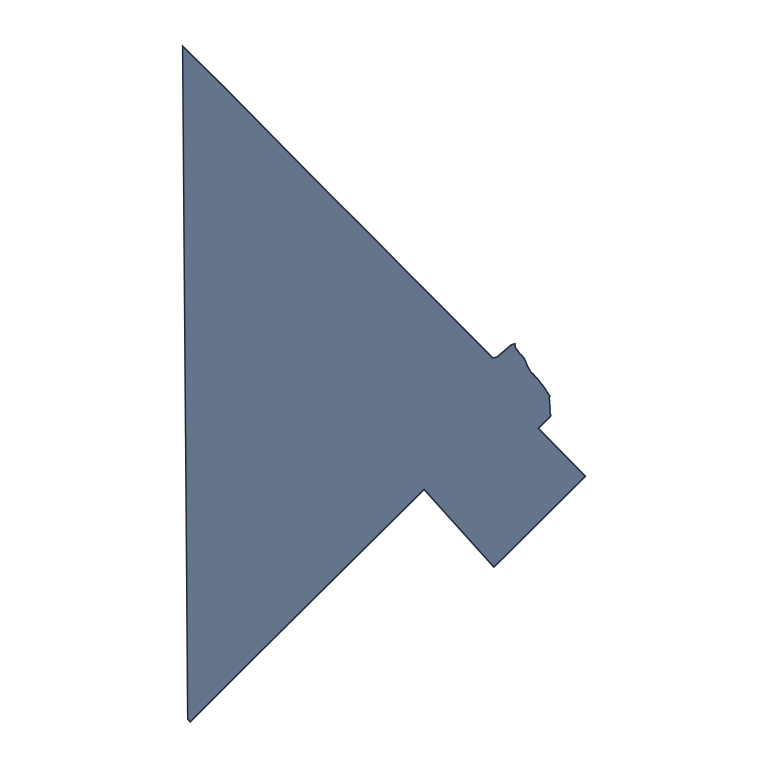 Adolfo Alsina, Buenos Aires, Argentina
{"feature_id": "61730980B72509942222407", "entity_name": "Adolfo Alsina", "entity_type": "district", "adm_level": 2, "iso_a3": "ARG", "parent_name": "Argentina", "parent_adm1": "Buenos Aires", "projection": "albers", "projection_center": [-62.685, -37.171], "detail": "fine", "context": "isolated", "style": "filled", "palette": "slate", "viewbox_px": 768, "rotation_deg": 0, "n_neighbors": 0, "source": "geoboundaries", "source_scale": "gbopen_adm2", "svg_char_len": 2343}
<svg xmlns="http://www.w3.org/2000/svg" viewBox="0 0 768 768"><path d="M225.7,88.5L218.6,81.5L203.0,66.2L199.4,62.6L198.8,62.1L182.6,46.1L182.8,72.5L182.8,74.3L183.2,125.0L183.7,193.8L183.7,194.0L183.8,196.8L183.8,206.3L185.5,430.3L185.6,436.0L187.3,666.7L187.3,671.9L187.5,697.7L187.7,719.1L190.2,721.9L203.3,708.8L207.1,705.0L208.8,703.3L225.9,686.2L255.6,656.5L424.1,489.5L493.8,567.1L500.3,560.9L585.4,476.3L538.4,428.3L550.5,416.4L550.6,416.0L550.8,415.6L550.8,414.9L550.5,414.2L550.2,413.5L550.1,412.8L550.0,411.9L550.0,411.0L550.0,410.5L550.0,409.8L550.0,409.3L550.1,408.7L550.2,408.1L550.0,407.3L550.0,406.6L550.0,406.0L550.0,405.4L549.9,405.1L549.8,404.8L549.7,404.5L549.6,403.8L549.5,403.3L549.5,402.6L549.5,402.0L549.6,401.4L549.7,400.8L549.7,400.4L549.5,399.6L549.3,398.9L549.2,398.5L549.1,398.1L549.2,397.7L549.5,397.3L549.7,397.0L549.8,396.5L549.9,396.2L549.7,395.8L549.4,395.3L548.9,395.0L548.6,394.7L548.4,394.2L548.4,393.8L548.1,393.5L547.7,393.2L547.7,392.8L547.5,392.6L547.2,392.4L547.1,392.0L547.0,391.7L546.8,391.5L546.4,391.0L546.1,390.4L545.9,389.8L545.5,389.4L545.0,388.8L544.8,388.1L544.5,387.6L544.1,387.2L543.7,386.8L543.4,386.5L543.2,386.1L543.0,385.7L542.7,385.3L542.3,384.8L542.0,384.5L541.5,384.0L541.3,383.6L541.0,383.3L540.5,382.9L540.4,382.4L540.1,382.1L539.5,381.4L539.1,380.7L538.7,380.2L538.3,379.7L537.9,379.2L537.4,378.7L536.9,378.2L536.4,377.6L535.9,377.2L535.4,376.9L535.2,376.5L534.7,376.0L534.3,375.5L533.9,374.8L533.5,374.2L532.9,373.7L532.4,373.5L531.8,373.2L531.4,372.4L530.9,372.2L530.5,371.7L530.1,371.0L530.0,370.4L529.7,369.8L529.3,369.2L529.0,368.8L528.8,368.2L528.5,367.7L528.1,367.2L527.7,366.5L527.4,365.9L527.2,365.3L526.9,364.5L526.5,363.8L526.4,363.1L526.0,362.6L525.9,362.1L525.6,361.4L525.4,360.6L524.9,359.9L524.6,359.5L524.5,359.1L524.4,358.4L524.1,358.1L523.7,357.7L523.2,357.3L522.9,356.9L522.5,356.3L521.9,355.5L521.3,354.9L520.6,354.5L520.0,354.0L519.5,353.3L518.9,352.6L518.6,352.0L518.1,351.3L517.8,350.7L517.5,350.2L516.9,349.8L516.3,349.2L515.9,348.4L515.7,347.8L515.3,347.0L515.2,346.2L515.0,345.7L515.0,345.1L515.0,344.6L515.0,344.1L515.0,343.7L511.4,344.7L497.1,357.0L492.9,358.0L438.7,303.5L407.0,271.9L380.8,245.2L357.5,221.7L351.0,215.3L343.1,207.6L328.4,192.9L266.5,130.1L251.2,114.4L242.0,105.2L225.7,88.5Z" fill="#64748b" stroke="#1e293b" stroke-width="1.5"/></svg>